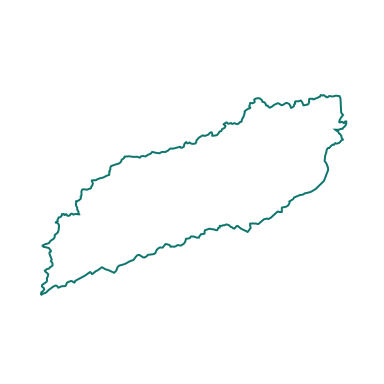 the district of Vinh Thanh, Bình Định, Vietnam, rotated 264°
{"feature_id": "81297802B21955309192571", "entity_name": "Vinh Thanh", "entity_type": "district", "adm_level": 2, "iso_a3": "VNM", "parent_name": "Vietnam", "parent_adm1": "Bình Định", "projection": "robinson", "projection_center": [108.747, 14.237], "detail": "fine", "context": "isolated", "style": "outline", "palette": "teal", "viewbox_px": 384, "rotation_deg": 264, "n_neighbors": 0, "source": "geoboundaries", "source_scale": "gbopen_adm2", "svg_char_len": 6029}
<svg xmlns="http://www.w3.org/2000/svg" viewBox="0 0 384 384"><g transform="rotate(264 192 192)"><path d="M202.2,329.8L202.8,329.4L204.4,329.3L207.1,328.3L208.7,327.2L209.2,327.2L213.7,328.1L217.7,329.8L219.7,330.3L221.3,331.5L221.5,332.1L221.4,333.2L222.9,334.6L224.1,336.3L224.3,337.2L224.1,338.1L225.3,339.0L225.6,339.6L225.0,340.4L225.3,343.1L226.3,344.6L227.4,345.5L228.3,347.5L230.4,346.4L232.2,346.4L234.2,345.3L234.9,344.3L237.3,343.5L237.6,342.4L239.0,341.0L238.6,344.2L238.7,345.1L239.2,346.4L239.1,348.3L240.1,349.1L241.7,351.3L243.7,352.5L246.0,352.8L246.1,352.5L246.1,351.7L244.7,350.6L244.6,350.2L246.1,348.8L246.1,348.3L245.7,346.4L246.3,345.7L248.7,346.7L251.1,348.6L252.8,350.3L255.0,348.8L256.9,348.7L267.9,349.4L269.6,349.4L271.9,348.7L272.8,345.1L272.4,343.3L272.3,341.6L273.1,338.5L272.2,336.9L272.1,335.9L272.2,335.5L273.0,335.0L273.7,334.0L274.3,333.6L274.6,332.5L274.3,331.5L274.9,330.2L273.2,328.9L273.1,327.9L272.3,326.0L272.1,324.5L271.5,323.5L271.6,322.1L272.0,322.0L272.2,321.4L272.2,320.3L272.4,318.9L272.2,318.3L271.3,318.0L269.9,318.0L267.8,317.3L267.0,316.5L266.5,312.5L266.6,311.9L269.4,311.1L271.3,310.1L271.6,309.7L271.1,307.6L271.3,304.4L270.9,303.8L269.0,303.8L268.5,302.8L267.1,302.4L266.6,302.1L265.9,301.1L265.3,299.5L265.5,299.2L267.2,298.8L269.0,298.1L269.8,297.2L270.5,296.0L270.7,295.0L270.6,294.5L269.2,291.7L269.0,290.0L270.8,287.8L271.2,287.2L271.2,286.1L269.9,282.4L268.7,280.8L267.7,278.3L268.5,277.1L269.9,276.4L270.4,274.7L272.5,274.2L273.8,273.1L274.2,271.6L276.2,271.0L277.5,269.7L278.1,268.8L278.4,267.7L278.3,265.7L278.0,264.4L277.2,263.5L275.5,263.8L274.8,263.6L273.9,261.7L274.4,259.8L274.4,259.2L271.1,257.9L270.0,258.7L269.4,258.6L269.1,258.1L269.1,257.1L268.3,255.3L266.8,252.9L266.4,252.7L265.2,252.8L264.6,252.3L263.0,251.9L262.2,251.3L261.1,251.0L260.1,250.0L258.9,249.3L256.7,248.5L256.6,247.2L254.9,245.0L254.8,244.4L255.0,243.4L256.0,241.5L255.5,239.1L256.4,238.2L256.1,235.5L256.3,234.9L257.4,233.9L257.6,233.3L256.1,230.6L255.3,231.1L254.5,232.1L254.1,232.2L252.7,231.4L252.2,230.7L251.3,228.4L249.5,227.4L249.2,225.7L247.0,224.0L246.1,222.9L245.8,221.8L245.8,220.1L245.7,218.9L245.9,218.0L247.4,218.2L248.5,218.1L249.3,217.7L249.3,217.0L248.8,215.7L247.6,214.6L247.1,213.5L246.5,210.9L246.5,210.2L247.2,208.7L245.5,204.8L242.9,201.9L240.8,201.3L239.8,200.2L239.8,197.7L240.3,196.1L241.5,194.6L240.9,193.2L240.9,192.4L242.2,191.3L241.7,190.6L240.4,189.4L237.9,188.6L237.2,187.1L237.0,186.4L237.1,185.7L238.0,185.2L238.2,184.8L237.1,177.8L237.5,175.0L237.1,174.3L235.7,172.6L235.5,171.7L234.9,170.7L234.6,169.7L235.0,166.2L233.9,163.8L234.2,162.8L234.3,161.6L236.0,156.7L235.8,156.3L234.5,155.0L233.5,151.9L232.5,150.2L232.3,149.1L232.9,147.1L232.8,145.7L232.6,144.7L231.6,143.6L232.5,141.8L232.8,140.9L233.0,137.5L234.1,133.2L234.2,128.7L232.9,128.0L231.3,125.3L229.7,124.7L228.6,123.4L227.8,121.8L227.3,118.5L226.2,114.2L224.9,113.4L223.0,113.1L221.9,112.3L220.9,112.3L220.5,111.7L219.2,111.7L217.7,111.4L217.2,109.2L215.6,105.0L215.4,102.5L214.6,99.2L213.7,97.4L214.0,95.8L214.0,93.7L213.8,93.5L211.0,94.3L209.1,93.6L207.8,92.4L206.3,91.9L205.3,87.8L206.1,84.1L205.9,83.2L205.3,82.6L204.0,82.1L200.6,81.8L199.6,81.4L199.3,80.8L197.7,80.9L196.9,80.6L195.6,78.7L194.8,76.7L195.0,75.9L194.7,75.6L193.9,75.8L192.7,75.3L190.7,75.3L188.2,76.2L186.5,76.0L184.3,77.0L183.0,76.9L181.6,77.4L181.6,76.6L182.1,75.4L182.3,73.7L181.9,71.7L182.8,70.7L183.0,69.9L182.8,69.0L181.5,68.1L181.2,66.5L181.5,65.6L183.0,64.7L183.0,64.2L182.5,63.3L182.5,62.7L183.5,62.2L183.5,60.3L182.2,60.1L181.9,59.5L181.0,58.9L180.6,57.6L180.6,56.8L178.5,55.4L176.9,55.4L176.7,54.3L176.1,53.4L175.8,53.4L175.6,54.4L175.0,55.1L174.1,55.8L173.3,56.1L172.5,56.2L168.5,55.5L165.7,54.3L163.6,51.0L161.8,50.8L160.5,50.1L159.7,49.1L158.2,46.1L156.4,44.7L155.8,43.2L155.4,40.5L154.4,37.8L154.0,37.8L153.6,38.0L152.8,39.0L152.3,41.1L151.1,43.9L148.1,45.6L147.6,45.4L146.9,44.1L146.4,43.8L145.1,43.9L139.4,45.4L138.0,44.4L136.2,45.7L133.7,45.7L133.0,45.0L131.8,42.6L130.9,42.2L130.5,39.6L129.1,37.4L128.1,37.9L125.8,40.1L124.8,40.4L122.4,39.4L121.4,38.6L119.5,38.7L117.9,38.0L115.2,33.2L113.8,32.9L113.3,33.2L111.9,34.6L110.7,34.8L109.4,33.9L107.9,31.6L106.0,31.2L105.6,31.6L106.5,33.2L106.8,35.1L107.4,36.5L109.6,39.3L112.6,44.5L113.1,45.9L113.2,46.7L112.8,47.7L110.8,49.1L111.9,52.5L111.7,55.1L111.8,56.4L114.9,58.3L115.5,59.9L116.1,62.2L116.0,63.1L114.2,65.4L114.5,65.9L115.9,66.7L120.0,76.8L123.0,82.1L122.9,82.6L120.9,84.0L120.9,84.4L123.5,88.4L123.9,89.9L126.5,94.3L126.2,95.2L124.3,97.6L123.1,100.6L119.8,106.1L121.2,107.9L122.3,108.8L124.9,110.0L126.2,111.5L126.6,112.8L126.8,114.7L127.6,118.2L129.9,123.7L130.4,126.4L131.1,127.3L133.2,129.1L134.5,130.6L135.0,131.7L135.0,132.9L132.1,136.6L131.8,137.6L132.7,140.0L134.1,141.6L134.2,146.9L134.4,148.1L135.2,149.2L138.0,150.8L138.7,151.5L139.4,152.5L140.2,154.3L139.8,156.5L139.8,157.0L143.0,160.2L142.7,161.4L141.7,164.0L140.9,164.6L139.9,164.9L139.7,167.6L139.4,168.6L139.8,170.3L140.7,172.0L139.9,175.4L141.3,178.3L142.3,179.3L143.4,180.1L146.0,181.1L146.3,184.6L146.7,185.4L147.7,186.1L147.9,186.7L147.4,189.5L146.2,191.7L145.9,194.1L147.1,194.7L149.1,196.6L149.0,199.0L149.4,200.1L152.0,200.5L152.6,200.9L153.6,205.2L153.5,206.4L152.8,208.1L152.7,209.5L151.6,211.8L151.4,212.9L151.9,213.5L153.6,214.4L153.9,215.9L155.4,216.1L155.2,218.3L155.7,219.4L155.5,220.7L156.1,222.4L156.1,223.2L155.0,225.5L153.5,226.6L152.7,228.1L151.6,229.1L151.2,230.3L153.5,233.0L153.4,234.0L150.4,236.9L147.4,241.8L146.5,242.9L146.6,243.4L150.2,246.6L153.0,246.3L154.4,246.5L154.4,248.7L153.9,252.5L153.3,253.7L153.3,254.8L157.4,260.8L157.7,263.9L157.1,265.1L158.1,267.6L162.7,273.8L163.6,275.3L163.1,276.4L162.7,279.1L162.9,279.3L166.5,279.6L167.1,279.9L167.4,283.2L167.9,285.0L168.3,285.6L168.8,286.4L170.8,287.8L171.6,288.0L172.4,287.8L174.1,291.4L174.4,291.9L175.9,293.0L177.7,299.1L177.8,301.8L178.1,302.7L178.8,303.8L179.5,309.5L180.0,311.0L182.1,315.4L188.6,323.6L189.6,324.6L199.7,329.7L202.2,329.8Z" fill="none" stroke="#0f766e" stroke-width="2"/></g></svg>